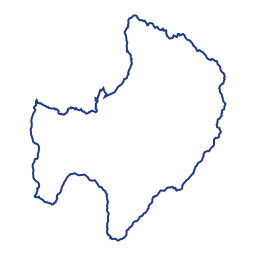 the district of El Tambo, Nariño, Colombia
{"feature_id": "7082276B27137373904269", "entity_name": "El Tambo", "entity_type": "district", "adm_level": 2, "iso_a3": "COL", "parent_name": "Colombia", "parent_adm1": "Nariño", "projection": "natural_earth1", "projection_center": [-77.398, 1.43], "detail": "fine", "context": "isolated", "style": "outline", "palette": "blue", "viewbox_px": 256, "rotation_deg": 0, "n_neighbors": 0, "source": "geoboundaries", "source_scale": "gbopen_adm2", "svg_char_len": 5767}
<svg xmlns="http://www.w3.org/2000/svg" viewBox="0 0 256 256"><path d="M195.8,47.8L195.2,47.5L194.1,46.1L193.4,45.9L192.9,44.2L189.9,40.5L187.0,39.6L185.2,37.2L184.8,35.7L183.0,34.0L182.5,34.0L181.1,35.1L179.9,35.4L179.2,34.0L178.1,33.9L177.6,34.5L177.5,36.1L177.1,36.8L176.5,37.1L176.0,36.5L173.6,35.4L172.6,38.0L169.5,38.5L167.1,35.9L166.2,32.8L166.1,30.4L163.6,30.6L163.3,29.0L162.9,28.6L161.5,29.9L160.8,30.2L158.6,28.9L157.3,26.8L155.1,27.8L153.9,26.4L153.0,24.1L152.2,23.4L151.4,23.1L149.6,23.1L148.6,24.0L147.9,25.2L147.2,25.3L146.8,23.7L144.6,20.7L143.5,21.1L141.8,20.0L140.7,20.3L139.6,20.2L138.0,18.4L136.4,15.8L135.5,15.4L133.3,15.7L131.3,17.8L129.5,18.4L128.9,19.0L128.3,20.5L128.5,23.5L127.9,25.1L128.4,25.9L127.7,26.8L127.7,27.8L126.6,28.2L125.9,30.1L124.6,32.0L124.7,32.9L125.7,34.8L126.3,37.6L126.4,40.5L127.2,41.6L127.2,43.6L126.8,45.0L126.7,46.7L127.1,49.1L126.8,50.3L126.8,51.3L127.1,51.6L127.8,51.3L128.3,52.5L130.5,54.4L130.5,55.2L130.8,55.5L130.7,57.6L131.2,58.9L131.8,59.2L131.1,61.0L131.5,61.6L131.5,62.5L132.0,63.4L131.9,64.0L130.7,66.0L130.4,67.6L128.9,70.3L128.6,71.8L128.1,72.6L128.2,73.3L128.7,74.0L127.4,75.8L126.8,78.0L124.5,79.3L124.1,79.2L123.3,82.2L122.0,83.4L121.5,84.5L119.0,86.1L117.4,87.7L116.8,89.1L115.6,90.4L115.1,91.7L114.1,92.5L107.0,95.7L104.7,97.1L105.4,95.6L106.4,94.7L106.5,94.0L104.8,92.1L103.8,89.7L103.4,88.1L101.1,90.7L100.3,90.1L99.4,92.4L99.2,93.9L97.9,96.9L97.5,98.8L95.6,98.1L95.8,99.0L95.5,99.8L95.6,100.5L97.6,101.1L97.3,102.1L96.2,103.0L95.7,104.0L96.0,105.4L95.7,106.1L96.0,106.3L96.1,107.1L95.5,108.3L96.8,109.9L96.7,111.4L96.1,112.0L95.5,112.3L94.8,111.6L94.1,111.5L92.9,110.9L92.4,111.1L91.5,110.7L89.9,112.0L89.1,112.1L88.4,113.0L86.1,113.6L84.2,111.6L83.2,111.7L82.6,111.0L81.7,110.7L81.2,109.2L80.1,110.0L79.1,110.3L77.9,109.8L76.2,108.2L75.6,108.4L75.6,109.3L75.0,109.3L75.0,108.8L73.8,108.1L72.3,107.8L71.6,108.2L71.0,107.5L70.7,108.1L69.0,108.4L67.7,109.5L67.9,110.8L67.3,111.4L67.1,112.3L65.6,113.6L64.6,113.8L64.1,114.7L62.4,114.5L61.3,113.7L60.8,114.0L59.3,114.0L58.4,112.8L58.7,111.0L57.4,110.1L57.0,109.4L56.1,109.0L55.0,109.4L54.6,108.5L53.8,108.3L51.9,108.6L48.8,108.0L48.1,107.1L47.0,107.2L46.3,106.4L43.9,105.4L43.1,104.6L41.8,104.4L40.7,103.2L39.8,103.5L38.3,102.7L37.6,102.9L37.0,101.7L37.0,100.6L36.7,100.1L35.9,101.7L36.1,105.3L34.3,106.6L33.9,107.4L34.1,108.2L35.1,109.3L35.3,110.3L33.2,113.8L31.7,118.3L31.3,121.6L31.6,122.3L31.8,125.1L31.5,127.4L30.6,129.5L30.7,130.7L31.1,131.7L31.0,134.1L32.7,139.2L33.1,141.6L34.2,142.8L35.5,143.5L36.7,143.7L37.7,144.5L38.7,145.9L39.1,148.6L37.9,154.8L37.8,157.7L37.0,158.8L35.4,158.9L34.9,159.3L34.1,162.3L33.0,163.8L32.7,165.0L32.8,167.5L33.5,169.6L33.1,173.2L33.5,178.2L35.8,181.1L37.8,182.2L38.9,183.7L39.1,184.9L39.1,186.2L38.6,187.8L37.1,188.5L37.5,189.8L37.4,190.9L36.6,192.7L36.2,194.5L34.8,195.6L34.8,196.7L35.5,197.1L37.7,197.3L39.1,196.8L39.5,198.1L42.9,199.9L43.1,200.4L43.6,200.7L44.2,201.7L46.2,202.5L47.6,202.3L48.5,203.0L51.0,203.5L51.6,204.4L52.8,204.5L53.7,203.7L54.0,203.0L54.5,203.1L54.7,202.7L55.5,202.4L55.8,201.3L57.4,198.6L56.7,197.2L57.3,194.9L57.7,194.3L59.0,193.8L60.4,192.3L61.2,190.2L61.9,186.7L63.4,184.5L64.1,182.3L65.6,180.3L67.2,177.3L68.7,175.6L69.5,175.2L70.0,174.3L73.2,173.8L74.6,173.2L78.4,175.2L80.0,175.2L84.6,174.6L87.7,177.1L89.4,179.9L89.9,180.2L92.1,180.7L94.9,180.3L97.9,184.5L98.8,186.4L99.6,186.9L101.5,187.2L102.0,187.6L103.1,189.8L105.1,190.9L105.8,192.9L107.0,194.5L106.6,196.1L107.2,198.3L107.1,199.6L108.2,202.0L107.4,203.0L107.6,204.0L106.9,205.6L107.5,208.3L107.0,209.0L106.9,210.1L107.2,211.1L108.5,213.2L108.7,214.3L108.0,216.3L108.1,221.1L107.1,224.0L107.3,225.6L106.9,226.9L107.7,228.6L107.0,230.7L107.2,232.2L106.9,232.9L107.3,233.6L108.1,234.2L108.1,235.0L109.5,235.4L110.1,236.0L110.3,238.1L111.2,237.7L111.2,238.4L112.1,239.1L113.5,238.8L115.6,238.8L117.7,240.5L118.3,240.6L120.6,239.1L122.4,238.8L125.3,236.5L126.5,234.6L126.6,230.5L127.9,229.5L128.3,229.5L129.3,228.2L129.6,227.4L130.9,226.8L132.4,225.1L132.9,223.5L133.6,222.2L135.4,221.1L136.9,221.1L138.8,219.0L139.8,216.9L140.7,216.3L141.8,216.1L142.9,215.0L143.6,213.6L145.2,213.0L147.1,210.6L147.8,209.0L148.7,208.2L148.6,206.4L149.2,205.0L151.9,202.7L152.2,201.9L152.5,198.5L153.0,197.3L153.6,196.8L154.5,196.9L155.1,196.0L155.9,196.0L157.1,195.4L160.5,190.5L164.3,190.8L167.5,187.6L168.5,187.4L169.8,187.7L171.5,186.9L172.9,187.2L173.5,188.2L174.3,187.8L175.5,188.2L175.8,188.6L175.7,189.8L176.7,190.5L177.2,190.5L177.8,190.0L180.5,189.6L181.8,188.8L182.2,187.9L182.3,185.8L183.0,184.3L183.6,183.8L184.2,182.6L184.9,182.3L185.7,181.3L186.0,180.4L186.7,180.3L188.7,178.4L192.2,174.2L193.2,173.7L193.4,172.3L194.1,171.7L194.0,171.1L194.2,169.9L194.8,169.1L195.5,166.5L196.8,165.7L198.0,163.0L200.9,161.4L201.8,160.4L202.7,157.6L203.6,156.5L203.5,154.4L204.3,152.7L205.0,152.0L206.8,151.2L209.0,151.2L210.7,148.5L213.1,146.2L214.0,144.8L214.0,139.7L215.5,137.8L217.4,137.9L219.2,136.7L219.0,134.9L219.8,133.3L220.7,132.6L220.8,131.5L219.7,129.6L219.7,128.3L217.2,127.2L217.0,125.9L216.6,124.9L217.6,122.6L217.4,121.6L217.9,119.5L218.3,119.1L218.9,119.0L219.8,118.5L220.5,117.1L221.8,115.9L221.5,115.0L221.5,113.7L222.1,112.8L222.1,110.7L222.3,110.0L224.1,109.3L224.5,106.4L225.1,105.0L225.4,103.7L223.8,102.0L223.2,100.7L222.7,98.7L222.7,97.7L222.4,97.4L221.5,94.1L220.0,92.1L219.7,91.3L219.9,89.4L219.0,88.1L220.4,85.3L221.4,84.7L221.9,83.9L222.9,83.7L223.5,83.0L223.7,81.3L224.7,79.2L224.0,78.0L224.8,76.6L223.9,73.6L221.3,71.3L220.3,68.9L220.1,66.6L217.4,63.8L217.2,61.6L216.0,60.8L215.2,61.1L212.4,58.9L211.9,59.0L211.0,60.0L210.6,60.0L209.9,59.4L209.2,59.5L208.6,59.3L206.6,57.5L206.2,56.2L204.2,53.7L202.9,52.3L201.1,51.5L199.3,50.0L198.1,51.1L196.9,50.7L195.8,47.8Z" fill="none" stroke="#1e3a8a" stroke-width="2"/></svg>